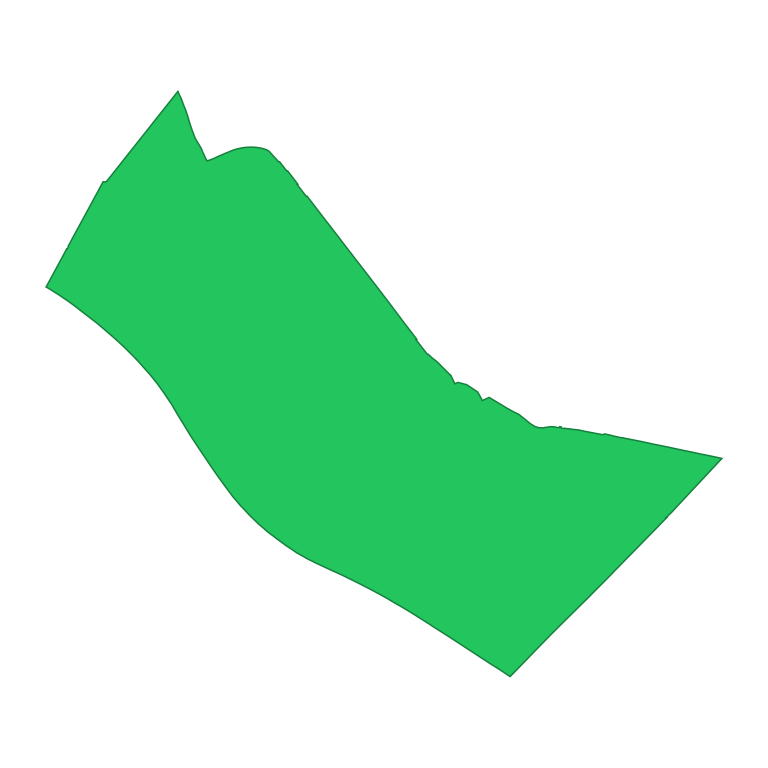 Maassluis, Zuid-Holland, Netherlands (Albers equal-area conic projection)
{"feature_id": "6326949B57125519324160", "entity_name": "Maassluis", "entity_type": "district", "adm_level": 2, "iso_a3": "NLD", "parent_name": "Netherlands", "parent_adm1": "Zuid-Holland", "projection": "albers", "projection_center": [4.256, 51.927], "detail": "fine", "context": "isolated", "style": "filled", "palette": "green", "viewbox_px": 768, "rotation_deg": 0, "n_neighbors": 0, "source": "geoboundaries", "source_scale": "gbopen_adm2", "svg_char_len": 5214}
<svg xmlns="http://www.w3.org/2000/svg" viewBox="0 0 768 768"><path d="M510.1,676.6L517.1,669.4L527.8,658.4L532.8,653.2L533.6,652.4L533.9,652.1L534.1,651.9L534.5,651.4L534.7,651.2L534.8,651.1L540.2,645.6L541.1,644.6L541.6,644.1L542.3,643.4L542.6,643.1L544.9,640.8L545.1,640.6L546.5,639.1L547.9,637.7L548.1,637.5L551.7,633.8L558.8,626.7L566.8,618.8L571.2,614.5L573.2,612.5L573.7,612.0L581.1,604.7L588.2,597.7L589.5,596.5L589.6,596.3L590.0,595.9L591.8,594.0L592.2,593.6L595.6,590.2L598.3,587.5L598.9,586.9L599.6,586.1L600.2,585.6L611.9,573.8L614.6,570.9L658.7,525.9L659.9,524.6L663.3,521.1L663.8,520.6L665.4,519.0L665.6,518.8L666.8,517.6L666.2,517.5L667.5,516.3L669.1,514.7L669.7,514.2L669.8,514.1L670.2,513.7L670.4,513.5L670.6,513.3L670.7,513.2L670.9,513.0L672.0,512.0L672.1,511.8L677.2,506.3L679.5,503.8L680.0,503.3L685.4,497.5L686.4,496.5L687.0,495.8L693.6,488.7L694.8,487.4L695.4,486.8L697.0,485.1L699.0,482.9L699.6,482.3L704.0,477.6L708.4,472.9L711.6,469.4L717.2,463.5L717.9,462.7L718.0,462.6L721.0,459.4L721.9,458.4L715.3,457.0L713.0,456.5L702.9,454.4L701.4,454.2L700.0,453.9L699.8,453.8L695.4,452.9L693.7,452.5L692.0,452.1L689.8,451.7L689.7,451.7L686.7,451.0L685.5,450.8L676.9,449.0L672.7,448.1L671.9,447.9L666.7,446.8L665.6,446.6L660.2,445.5L659.6,445.4L651.3,443.7L650.6,443.5L643.6,442.0L641.9,441.6L632.1,439.7L631.9,439.7L631.7,439.6L627.7,438.8L622.2,437.7L621.4,437.7L619.6,437.4L615.6,436.5L614.8,436.3L614.4,436.2L608.0,434.6L604.5,433.9L604.4,434.0L603.4,434.6L602.8,434.6L602.1,434.6L600.7,434.3L597.9,433.8L584.8,431.3L579.0,430.0L572.7,429.3L569.0,428.8L564.8,428.4L564.6,428.3L564.5,428.5L564.0,428.4L563.2,428.4L562.7,428.3L562.2,428.2L561.7,428.1L561.2,427.9L561.1,427.7L561.0,427.3L561.1,427.1L561.1,426.9L559.7,426.6L559.3,427.5L559.2,427.6L558.9,427.8L558.7,427.7L557.9,427.6L557.1,427.4L556.4,427.3L555.1,427.0L554.2,426.9L553.4,426.8L553.2,426.8L551.6,426.7L550.8,426.6L549.6,426.8L545.4,427.4L543.3,427.9L538.7,427.7L535.0,426.5L534.6,426.4L534.1,426.0L532.8,425.2L531.5,424.4L529.4,423.0L528.9,422.6L528.2,421.9L527.8,421.6L526.6,420.6L524.9,419.1L522.1,417.0L520.0,415.3L518.4,414.1L516.9,413.4L514.3,412.2L511.3,410.6L506.2,407.7L500.1,404.0L499.2,403.5L497.9,402.7L491.9,399.1L491.5,398.8L490.4,398.2L490.2,398.0L489.1,397.4L482.3,400.6L482.2,400.4L481.3,398.5L481.2,398.3L477.6,391.9L476.6,391.3L470.8,387.4L466.7,384.7L460.6,383.1L458.0,382.4L454.9,383.8L451.8,377.4L451.3,376.4L450.7,375.1L450.4,375.2L444.3,369.0L442.3,367.1L440.9,365.6L439.5,364.1L438.9,363.5L435.4,360.4L432.8,358.5L432.1,357.9L428.3,354.3L427.6,354.6L421.8,347.2L415.9,339.5L416.7,339.2L412.4,333.5L403.3,321.7L389.8,303.7L387.6,300.8L386.7,299.6L376.2,285.9L374.5,283.7L372.7,281.4L368.1,275.3L367.9,275.1L366.9,273.8L364.1,270.2L362.3,267.9L361.4,266.7L358.6,263.1L355.4,259.0L350.6,252.7L349.3,251.1L348.1,249.5L342.4,242.1L341.9,241.5L341.5,240.9L335.0,232.4L328.1,223.5L322.7,216.6L321.4,214.8L320.7,214.0L319.8,212.7L317.8,210.2L315.9,207.7L307.0,196.1L306.2,196.3L297.0,184.4L297.8,184.2L294.3,179.6L287.6,170.9L286.9,171.1L286.0,170.0L285.3,169.1L283.8,167.2L281.0,163.6L280.0,162.3L279.5,161.7L278.7,161.9L274.1,156.8L273.3,156.0L269.1,151.2L266.6,149.8L263.9,148.9L263.5,148.7L261.2,148.2L259.0,147.8L256.3,147.4L253.6,147.2L251.0,147.1L249.4,147.2L245.9,147.3L243.4,147.7L242.3,147.8L240.7,148.2L239.5,148.4L236.8,149.0L233.8,149.9L230.9,151.0L228.6,152.0L226.5,152.8L224.4,153.7L222.4,154.6L220.2,155.5L218.3,156.4L216.0,157.4L213.3,158.7L210.5,159.8L209.9,160.0L208.5,160.5L207.2,160.9L207.0,160.6L206.6,160.0L206.5,159.7L206.2,159.3L205.9,158.8L205.7,158.5L205.2,157.4L204.9,156.7L203.4,153.4L203.0,152.7L202.5,151.7L202.0,150.2L201.9,149.9L201.3,148.6L200.7,147.5L199.4,145.3L199.0,144.6L198.3,143.4L196.8,141.0L196.1,139.8L195.4,138.6L195.1,138.0L194.6,136.7L193.9,135.0L193.4,133.4L193.2,133.0L192.5,131.2L191.6,128.7L190.4,125.1L189.7,122.9L188.0,117.1L187.5,115.5L186.0,111.1L186.0,110.9L184.2,106.5L182.8,102.9L182.4,101.6L180.6,97.2L180.1,96.3L179.9,95.9L177.9,91.4L177.6,91.8L176.4,93.2L173.3,97.2L152.9,122.9L152.5,123.4L149.7,127.0L142.7,135.8L139.2,140.2L117.2,168.0L109.3,178.0L106.6,181.3L106.1,182.0L103.7,181.8L103.1,181.7L101.9,184.0L86.3,212.8L73.2,236.9L71.1,240.8L71.0,241.1L70.5,242.0L69.4,244.0L69.1,244.6L68.9,244.8L68.3,246.0L68.0,247.7L66.9,249.2L66.6,249.0L63.7,254.5L62.4,256.9L46.1,287.0L49.2,288.8L57.8,294.2L67.9,301.0L73.5,305.1L77.8,308.3L81.1,311.0L87.0,315.5L97.1,323.3L106.5,331.3L115.7,339.3L124.2,347.2L133.5,356.4L139.0,362.2L141.8,365.4L146.3,370.5L150.0,374.6L157.6,384.1L164.8,394.2L171.7,404.5L177.8,415.0L184.3,425.5L190.6,435.9L197.5,446.3L210.5,465.7L211.1,466.6L218.2,476.8L225.4,486.7L232.7,496.5L240.7,505.9L242.2,507.4L245.6,511.0L248.8,514.4L249.4,515.1L250.9,516.6L256.4,521.9L258.3,523.8L262.8,527.6L267.2,531.5L271.1,534.5L275.5,537.8L277.3,539.2L286.3,545.8L297.2,553.1L307.7,559.0L311.0,560.6L312.6,561.4L315.1,562.7L319.2,564.6L330.1,569.7L341.6,574.9L352.4,580.2L363.6,585.8L368.6,588.4L374.7,591.6L385.5,597.5L392.1,601.4L395.1,603.2L403.5,608.0L406.3,609.7L410.0,611.9L418.9,617.5L427.5,623.0L437.7,629.6L448.6,636.5L470.8,651.0L477.8,655.6L489.9,663.5L498.4,668.8L510.1,676.6Z" fill="#22c55e" stroke="#15803d" stroke-width="1.5"/></svg>